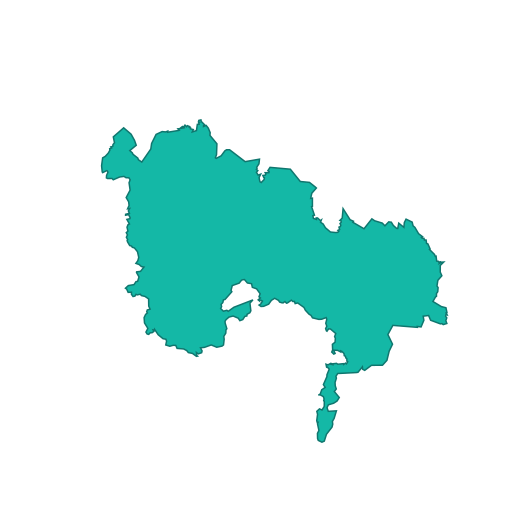 the district of Zongolica, Veracruz, Mexico, rotated 313°
{"feature_id": "50627088B83388448178787", "entity_name": "Zongolica", "entity_type": "district", "adm_level": 2, "iso_a3": "MEX", "parent_name": "Mexico", "parent_adm1": "Veracruz", "projection": "orthographic", "projection_center": [-96.939, 18.652], "detail": "fine", "context": "isolated", "style": "filled", "palette": "teal", "viewbox_px": 512, "rotation_deg": 313, "n_neighbors": 0, "source": "geoboundaries", "source_scale": "gbopen_adm2", "svg_char_len": 6142}
<svg xmlns="http://www.w3.org/2000/svg" viewBox="0 0 512 512"><g transform="rotate(313 256 256)"><path d="M343.3,435.9L344.2,433.8L344.9,434.2L347.7,430.2L345.4,426.0L343.4,416.4L348.6,415.2L349.6,415.5L351.6,413.6L353.8,413.3L357.1,410.7L357.5,408.8L362.2,405.6L368.3,405.4L369.9,401.7L374.8,397.2L379.6,397.4L378.0,395.9L375.7,395.1L377.2,394.6L376.2,393.9L376.5,393.1L375.5,391.6L378.7,387.8L378.0,387.4L378.9,385.4L379.1,378.4L379.9,378.5L382.1,373.4L381.5,372.2L383.7,369.5L382.5,368.3L383.5,366.8L382.3,365.3L382.4,364.3L383.7,364.6L383.2,359.7L385.3,352.7L385.2,350.3L387.3,347.1L385.3,340.6L381.6,341.7L377.8,344.6L377.4,338.0L372.8,340.9L372.1,340.0L372.0,335.6L373.0,331.9L371.5,329.8L366.0,329.7L366.2,325.9L362.7,318.8L362.2,315.4L349.6,316.4L346.7,303.8L347.9,303.6L346.7,300.1L350.0,287.4L342.5,293.2L339.3,293.1L339.8,294.1L338.8,295.3L337.0,295.3L336.4,297.0L335.0,297.6L333.7,297.0L332.4,299.1L330.6,298.4L330.5,299.7L329.1,299.7L327.6,298.4L324.3,294.1L324.0,287.5L325.2,283.3L324.7,280.2L326.9,279.2L325.8,279.0L325.8,275.1L324.9,274.1L323.9,275.2L322.7,272.3L324.3,270.1L325.7,270.9L330.0,263.0L330.8,263.4L336.8,257.8L335.4,256.7L340.0,254.0L346.9,253.8L346.9,252.3L346.3,244.9L340.7,237.6L342.9,221.9L330.4,205.8L326.5,206.5L326.7,208.0L325.7,208.6L323.2,205.9L322.7,207.3L321.4,207.6L319.6,206.1L318.7,208.1L319.0,208.7L317.5,209.8L313.3,209.7L313.0,208.2L315.4,204.8L319.0,203.6L316.6,202.4L317.5,199.2L319.7,199.1L319.6,197.2L320.7,197.1L321.4,196.0L325.4,195.3L329.2,192.5L317.6,183.7L315.7,164.2L313.6,162.0L311.7,161.5L305.5,162.2L300.2,160.3L300.1,159.3L303.2,158.0L311.4,150.9L312.8,140.1L315.0,138.3L317.0,133.9L317.5,130.5L314.9,129.3L315.6,128.7L316.9,129.3L317.1,124.2L318.0,122.9L316.2,121.7L314.9,122.4L315.1,123.3L314.0,122.7L314.5,123.4L313.5,124.6L312.3,123.3L307.1,126.9L303.3,124.8L305.7,123.9L304.3,121.4L305.1,120.8L304.6,119.5L305.4,119.3L304.5,116.9L303.1,117.0L303.3,114.8L301.4,115.1L300.9,116.1L299.0,114.7L301.0,114.6L300.6,113.9L297.0,113.3L295.8,112.2L295.6,114.1L294.9,113.7L286.3,107.0L287.2,106.3L285.1,105.3L283.0,102.5L276.8,100.0L267.1,102.9L262.5,106.1L246.8,108.4L246.2,104.3L247.0,102.8L246.5,96.7L247.1,95.2L247.0,91.8L255.3,92.9L257.7,88.3L259.9,81.6L259.5,71.8L245.8,70.4L242.3,75.3L240.0,75.4L238.4,76.5L236.8,75.4L236.4,76.7L234.7,75.8L233.7,77.0L230.4,77.8L226.0,77.8L223.2,76.9L216.7,81.5L212.6,86.2L212.4,87.0L216.6,88.6L216.8,89.3L216.3,90.6L213.1,91.7L211.1,93.3L211.4,94.6L214.5,97.8L214.4,99.6L220.8,102.4L224.2,105.2L224.6,107.5L226.5,109.7L225.9,112.0L223.0,113.2L218.3,119.0L210.2,121.2L208.8,125.9L206.4,128.7L202.9,129.9L204.6,131.2L201.9,131.9L200.9,134.3L197.6,132.2L196.9,132.8L199.4,134.6L198.1,137.9L197.3,138.3L194.7,136.6L193.1,141.6L191.7,141.0L189.1,142.0L186.8,145.4L184.6,145.2L183.8,147.6L181.3,148.4L180.5,150.9L179.4,151.2L178.7,152.5L177.5,156.5L178.4,158.2L178.0,159.6L179.0,161.6L178.3,166.4L175.0,171.2L171.9,172.8L168.7,173.2L170.1,176.5L170.1,179.3L171.5,181.6L166.0,182.0L163.0,179.5L162.4,179.9L160.9,184.7L156.7,186.7L155.4,185.7L151.9,186.3L147.3,182.8L143.4,182.5L143.6,184.0L142.2,187.3L144.6,189.6L143.0,191.1L142.5,193.7L144.1,194.8L146.1,194.4L146.5,195.6L149.1,197.4L148.9,199.2L150.7,202.3L151.4,206.7L146.2,211.7L144.9,214.8L142.4,213.3L140.7,214.1L140.3,215.4L138.0,215.1L134.6,216.2L131.0,220.1L129.3,226.3L125.3,227.4L124.7,229.5L125.5,231.0L127.7,231.0L129.0,232.3L131.2,232.8L131.8,231.1L132.5,232.2L133.2,231.8L131.7,238.1L132.1,244.4L133.7,246.9L132.7,248.7L129.4,250.7L131.2,254.5L134.2,256.3L135.9,258.3L134.6,261.3L138.7,266.5L139.6,269.9L139.2,272.4L141.4,275.9L142.0,280.9L142.9,281.5L142.8,280.4L144.8,278.2L145.0,280.5L148.2,282.2L149.8,281.3L151.0,278.0L154.0,280.6L160.4,283.9L162.5,289.5L166.9,292.6L168.8,292.9L173.4,289.5L175.2,287.3L179.0,286.5L181.5,284.4L182.9,284.3L185.9,279.2L187.1,277.9L189.0,277.5L192.9,277.9L196.5,280.2L198.4,285.4L197.7,288.3L200.5,289.7L204.2,289.0L205.9,290.2L207.3,289.2L210.3,290.2L212.4,289.6L217.4,283.7L221.8,283.7L203.5,274.8L196.6,273.4L196.4,271.7L193.4,269.8L193.5,265.9L195.5,265.4L196.8,263.5L199.3,263.5L201.7,262.1L203.1,263.0L213.4,262.7L213.8,261.2L218.2,258.8L224.7,262.2L228.4,261.9L229.6,262.5L230.9,263.6L230.4,268.1L232.7,271.6L230.6,274.7L232.4,278.8L231.2,284.8L228.2,286.0L228.3,287.8L225.4,287.5L225.5,289.3L226.0,288.7L227.0,289.7L227.4,291.5L224.1,292.2L222.2,291.7L222.5,294.1L224.4,295.9L229.4,298.1L234.1,297.5L237.8,298.5L238.9,302.7L238.4,304.7L239.4,306.8L240.2,307.8L242.4,308.2L242.3,310.5L243.1,311.0L247.8,312.0L247.9,314.1L249.0,315.1L247.9,317.1L250.1,318.5L251.1,326.2L250.0,329.1L249.6,334.5L250.1,336.7L249.3,339.5L252.5,345.2L254.6,347.2L258.8,349.3L258.0,350.9L254.4,352.9L252.9,355.7L250.4,356.4L249.3,358.5L249.4,359.2L252.2,358.8L253.4,360.3L253.7,367.2L250.6,368.5L250.1,370.0L246.9,372.6L243.5,372.1L239.6,376.1L237.4,376.9L237.3,379.8L238.7,380.3L240.1,377.0L242.7,380.1L243.6,383.5L244.4,382.7L244.8,383.9L244.7,386.9L243.3,388.5L243.7,389.7L242.7,391.2L242.8,392.5L241.1,394.2L241.2,395.2L238.8,395.7L238.7,394.5L236.4,394.1L236.8,393.3L232.6,389.6L232.4,388.1L229.7,385.8L229.0,386.5L228.0,384.7L229.0,385.0L228.5,383.9L225.5,382.9L224.6,381.0L222.9,383.4L223.4,383.6L223.2,386.7L217.5,388.9L216.2,390.1L207.9,393.0L207.1,396.2L203.0,395.3L198.9,397.1L196.8,396.5L198.2,397.5L199.1,401.1L197.9,403.3L196.3,404.2L196.3,405.1L192.5,408.5L188.4,409.3L187.5,406.7L183.9,406.4L182.2,409.0L177.0,412.7L176.1,414.2L176.7,414.8L175.3,415.3L171.3,421.0L168.2,421.9L164.5,425.5L163.6,427.3L164.8,431.2L167.2,432.2L173.7,429.1L182.7,428.3L185.4,426.8L187.1,424.7L190.5,423.9L197.6,420.4L191.7,414.8L193.5,411.4L196.5,410.4L201.3,413.2L205.2,414.2L209.3,413.4L210.3,405.7L213.5,405.4L215.1,402.5L217.5,400.0L221.5,398.1L222.5,396.5L225.8,395.9L239.1,408.8L240.5,409.9L247.5,409.4L245.9,411.2L246.5,413.5L254.8,415.0L262.4,423.0L269.0,422.9L277.2,418.3L284.6,416.0L288.5,406.0L298.6,403.4L313.9,422.7L314.5,422.0L316.7,425.1L323.5,422.6L326.0,419.3L330.2,422.8L328.1,427.5L332.1,437.1L333.4,438.2L333.5,439.7L336.8,441.6L338.2,438.9L340.9,437.7L341.2,435.8L342.9,434.8L343.3,435.9Z" fill="#14b8a6" stroke="#0f766e" stroke-width="1.5"/></g></svg>